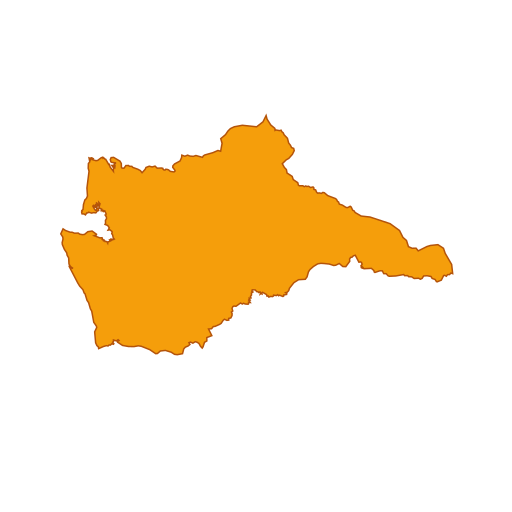 outline of Soalala, Boeny, Madagascar, rotated 288°
{"feature_id": "10022922B91378939255033", "entity_name": "Soalala", "entity_type": "district", "adm_level": 2, "iso_a3": "MDG", "parent_name": "Madagascar", "parent_adm1": "Boeny", "projection": "mercator", "projection_center": [45.414, -16.649], "detail": "fine", "context": "isolated", "style": "filled", "palette": "amber", "viewbox_px": 512, "rotation_deg": 288, "n_neighbors": 0, "source": "geoboundaries", "source_scale": "gbopen_adm2", "svg_char_len": 6037}
<svg xmlns="http://www.w3.org/2000/svg" viewBox="0 0 512 512"><g transform="rotate(288 256 256)"><path d="M304.2,97.3L305.8,90.1L304.8,87.8L302.7,87.6L300.7,88.9L300.5,90.0L301.2,93.5L300.5,93.7L300.1,92.8L299.3,92.7L298.4,94.0L296.8,94.3L297.7,93.1L297.0,93.0L297.9,91.8L297.6,90.9L295.4,93.8L294.1,93.5L292.5,94.2L295.4,89.9L297.9,88.1L297.5,87.7L301.6,83.1L301.4,82.5L302.3,80.9L301.7,80.3L302.6,79.7L301.6,78.4L298.0,75.9L297.2,74.4L297.1,70.7L298.3,71.1L298.6,69.3L298.2,68.6L297.7,68.7L298.0,69.2L296.6,68.9L297.6,68.2L297.7,66.9L294.2,68.8L292.2,68.0L287.6,69.3L285.0,71.0L268.4,74.2L260.9,77.2L258.2,76.9L256.4,75.9L251.6,76.0L246.8,77.1L245.4,76.3L244.7,76.8L244.0,76.5L242.3,77.5L242.8,79.4L242.4,81.1L244.7,81.7L245.0,82.7L245.9,83.2L246.0,86.4L247.1,88.2L247.5,90.3L250.8,91.6L250.1,92.6L252.6,91.1L251.9,89.8L250.1,89.8L249.9,89.3L250.2,88.4L253.0,85.4L253.8,85.7L252.7,87.0L252.8,89.2L253.3,89.0L253.1,87.3L253.5,86.7L253.4,87.5L254.0,87.1L256.0,87.7L254.4,87.5L253.9,89.5L255.6,89.3L257.7,87.5L256.6,89.0L255.2,89.7L255.6,89.9L254.4,90.4L255.8,90.5L255.9,91.1L258.4,90.0L257.5,91.5L254.2,91.6L253.0,92.7L253.0,94.4L251.6,94.7L252.3,95.3L251.2,95.9L252.1,96.6L252.1,97.4L251.4,97.5L252.1,98.3L249.7,100.5L248.8,100.5L248.3,99.9L246.9,101.7L245.2,102.3L243.4,101.8L240.6,102.8L239.4,102.6L239.2,105.5L237.4,107.8L234.9,107.3L235.8,109.0L234.9,111.2L234.4,111.8L232.6,111.9L232.0,112.9L229.1,114.7L228.3,116.0L227.9,115.5L227.8,116.1L227.4,113.5L226.9,114.3L225.7,113.2L226.5,112.6L226.1,111.8L225.2,112.8L223.6,110.8L222.4,111.0L223.5,109.9L223.5,108.3L223.1,108.0L224.1,106.7L222.8,106.2L224.2,106.2L224.2,104.6L225.3,104.5L225.8,103.9L225.0,101.9L225.3,95.8L226.8,97.7L227.4,97.6L229.1,92.4L227.2,88.6L223.5,86.2L222.7,84.4L222.3,81.5L222.9,79.9L221.6,76.3L221.8,73.9L221.2,71.9L221.4,67.0L222.2,64.1L216.7,63.5L214.4,66.3L212.5,67.2L208.8,67.5L207.0,68.3L203.0,71.8L200.5,75.0L198.4,76.1L196.3,78.4L190.6,80.6L188.6,82.9L187.7,85.8L187.5,83.1L189.1,81.5L188.4,81.5L175.2,94.9L172.9,97.6L170.5,101.8L167.7,104.0L167.2,105.1L161.6,109.0L159.9,111.2L154.6,114.8L152.8,116.8L142.8,122.2L140.1,125.8L138.8,126.6L134.0,126.0L123.9,130.3L121.6,132.4L120.9,134.1L119.3,135.0L122.8,138.9L124.5,141.4L124.7,143.1L126.0,143.8L126.3,145.1L127.9,145.9L128.0,147.7L128.7,147.9L129.7,146.3L130.8,146.9L132.1,146.4L132.1,149.4L133.8,150.7L133.3,151.8L132.0,150.6L131.3,150.9L129.7,156.7L130.5,162.6L132.1,167.9L134.2,171.8L134.7,174.8L134.1,183.9L132.1,190.8L132.8,192.4L136.1,194.4L138.2,199.0L138.3,205.1L137.3,208.9L137.8,211.6L140.4,216.3L145.4,216.0L147.5,217.0L149.4,219.2L151.5,220.5L152.8,219.0L153.9,220.2L153.6,222.9L155.7,224.7L155.8,226.5L155.2,228.8L152.9,231.2L151.8,233.3L153.3,233.7L158.0,233.7L160.0,235.5L163.2,234.4L166.6,238.6L171.9,233.4L173.1,236.2L175.7,237.2L176.4,238.8L179.8,242.6L181.2,243.7L184.6,244.6L186.1,245.5L185.8,248.2L186.6,249.9L188.2,249.3L189.3,251.2L191.9,251.6L193.8,251.1L195.1,249.9L196.5,250.9L198.7,249.4L200.7,249.6L201.6,250.5L202.0,252.5L206.5,255.8L206.1,257.8L207.2,258.8L207.0,260.5L207.7,263.4L208.3,263.7L209.6,263.2L210.0,264.9L211.8,262.6L212.4,262.8L212.4,263.8L213.8,262.5L214.6,264.2L215.9,263.2L217.5,263.8L219.4,263.1L220.8,264.2L221.1,263.0L222.7,262.9L223.5,265.7L222.3,267.9L222.6,268.9L222.1,269.9L223.1,270.9L222.6,271.7L221.1,271.8L221.8,272.3L221.7,273.4L222.6,272.9L223.5,273.5L222.6,277.9L221.2,278.9L221.8,279.8L220.9,280.9L222.1,282.5L222.5,284.3L223.4,285.0L224.2,284.8L224.7,287.7L225.9,288.5L225.2,289.8L226.0,290.4L225.8,294.1L226.5,294.7L227.5,294.4L228.9,297.0L230.0,296.8L230.4,295.6L231.1,296.8L233.1,297.8L235.7,297.8L242.4,300.3L246.6,303.8L249.1,310.1L251.9,311.0L257.1,310.8L259.8,311.5L263.8,313.9L267.6,317.1L269.1,320.0L269.9,323.1L271.0,328.2L271.0,332.9L271.9,334.7L274.6,337.5L272.8,341.8L273.6,344.7L279.9,346.8L282.1,345.9L284.0,346.5L284.4,347.6L286.3,348.6L287.4,350.2L281.9,355.8L282.7,357.3L282.5,358.3L280.9,359.5L279.3,358.9L278.4,360.7L277.9,359.5L277.4,359.9L277.3,362.7L279.9,369.5L278.6,372.6L277.3,373.4L277.1,374.2L280.3,378.5L280.9,380.8L278.7,382.9L279.4,385.4L278.0,387.6L277.9,389.0L280.2,395.1L284.0,402.2L283.2,403.4L284.2,406.3L283.5,407.6L284.3,410.4L283.5,413.4L285.1,417.5L284.7,419.5L286.0,420.9L288.8,421.6L290.1,424.8L290.6,428.8L289.1,430.4L289.0,433.6L287.4,435.5L287.4,436.3L290.3,439.7L295.4,440.5L295.9,441.3L295.6,443.3L297.5,443.9L298.1,445.8L300.0,446.6L300.0,448.5L308.4,444.7L317.0,435.1L321.3,431.9L323.0,425.5L319.9,418.6L317.8,415.6L311.0,408.7L312.9,405.8L311.6,402.1L312.0,398.1L317.3,394.3L319.1,390.0L324.6,384.6L328.2,373.5L328.3,352.4L326.5,343.7L328.0,336.8L329.2,335.4L329.4,333.8L332.0,331.4L332.4,330.2L330.4,328.3L330.0,326.7L331.1,322.4L331.1,319.2L332.9,317.8L333.1,316.7L334.7,315.1L335.2,313.8L335.6,305.6L337.3,301.4L337.1,299.9L335.8,298.9L335.5,296.5L334.8,295.3L335.4,293.9L337.3,292.3L337.2,290.5L338.8,289.9L339.3,288.9L338.0,286.7L338.6,284.5L337.8,282.8L338.0,281.7L336.8,280.4L337.3,278.9L336.2,275.5L336.5,274.4L338.6,273.1L340.2,267.8L342.9,265.8L344.5,259.9L347.6,258.2L349.0,255.6L351.9,252.5L356.9,255.1L358.9,257.0L363.9,259.2L368.0,259.8L370.0,258.6L370.1,256.3L372.0,254.5L373.5,252.2L377.7,249.5L380.0,245.2L381.5,243.9L382.3,242.0L383.4,241.0L382.5,239.6L382.0,235.8L381.4,235.3L383.2,234.5L385.2,229.5L389.6,224.2L392.7,222.2L385.8,221.2L379.1,216.7L376.1,202.6L372.2,195.4L369.3,192.3L366.2,190.7L362.0,189.5L356.7,186.2L352.7,188.9L344.7,190.0L344.6,187.2L340.9,183.0L336.3,176.1L335.0,175.0L333.3,174.6L333.0,167.8L331.4,165.6L330.6,162.2L330.8,159.8L328.9,157.5L329.0,154.3L326.6,154.8L322.9,154.4L318.4,150.1L316.1,149.1L314.6,149.4L312.3,152.6L311.5,152.7L310.6,152.0L310.0,148.3L310.9,146.2L310.9,144.6L310.6,143.3L309.6,142.9L309.4,142.0L309.7,140.9L310.6,140.3L310.5,139.0L309.0,134.9L310.3,132.2L308.6,129.7L308.4,126.7L306.2,124.0L304.2,123.8L300.0,121.9L301.5,119.6L302.0,116.9L302.2,111.3L302.9,110.2L302.2,107.9L302.7,106.8L301.8,104.3L298.7,103.3L298.2,101.5L298.8,100.6L302.4,99.3L304.2,97.3Z" fill="#f59e0b" stroke="#b45309" stroke-width="1.5"/></g></svg>